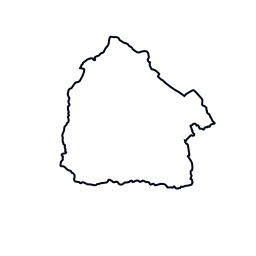 outline of Sop Prap, Lampang, Thailand, rotated 53°
{"feature_id": "78962969B39670710087023", "entity_name": "Sop Prap", "entity_type": "district", "adm_level": 2, "iso_a3": "THA", "parent_name": "Thailand", "parent_adm1": "Lampang", "projection": "orthographic", "projection_center": [99.346, 17.89], "detail": "fine", "context": "isolated", "style": "outline", "palette": "ink", "viewbox_px": 256, "rotation_deg": 53, "n_neighbors": 0, "source": "geoboundaries", "source_scale": "gbopen_adm2", "svg_char_len": 5734}
<svg xmlns="http://www.w3.org/2000/svg" viewBox="0 0 256 256"><g transform="rotate(53 128 128)"><path d="M88.7,70.9L87.9,71.5L87.0,71.7L85.3,71.2L85.1,70.9L84.5,69.3L83.9,68.7L82.1,67.7L80.5,67.0L79.4,66.8L78.5,66.9L77.7,67.3L76.8,68.2L76.3,69.0L75.1,71.1L74.5,73.3L73.9,74.3L73.5,74.7L72.6,75.3L68.5,76.7L67.6,76.8L66.5,76.6L65.9,76.6L63.7,77.5L62.8,77.7L60.8,77.7L60.1,78.1L57.1,80.1L52.9,81.7L52.3,81.7L50.8,81.4L50.1,81.5L49.4,81.9L48.2,82.8L46.9,84.6L45.3,86.2L44.8,86.8L44.6,87.3L44.7,87.6L45.2,88.6L45.8,89.5L46.5,90.3L48.9,92.6L49.4,93.2L49.8,94.0L50.3,95.4L50.8,98.0L52.6,101.6L52.8,102.2L52.6,103.2L52.3,103.6L52.3,104.2L52.0,104.9L52.5,106.9L52.5,107.6L52.4,108.4L51.8,110.0L51.6,111.7L51.7,112.2L51.8,112.4L53.3,112.9L53.6,113.0L53.7,113.3L53.8,113.5L53.7,113.8L53.5,114.1L53.2,114.3L52.6,114.5L51.0,114.6L50.5,114.9L50.1,115.4L49.9,116.0L49.7,116.6L49.1,118.0L49.0,118.5L48.9,119.9L48.9,122.5L48.8,123.8L49.1,125.2L49.7,125.9L49.7,127.2L50.4,128.1L50.8,129.3L51.4,130.2L53.7,128.1L54.3,127.8L54.6,127.7L54.9,127.8L55.4,128.0L57.5,130.5L59.1,133.2L61.0,137.3L61.4,138.3L61.4,139.0L61.3,139.9L61.1,140.5L60.7,141.2L60.3,142.1L60.2,142.6L60.2,143.2L60.4,143.9L62.0,148.7L62.1,149.1L62.0,149.6L61.6,150.9L61.7,151.7L61.8,152.2L62.2,152.9L62.6,153.4L63.7,154.6L64.7,155.8L67.4,156.7L68.5,156.7L68.7,156.8L69.1,157.2L69.8,157.7L69.9,157.9L70.1,158.7L71.3,159.9L72.1,160.2L73.5,160.5L74.4,160.9L74.7,161.5L74.7,162.4L74.8,163.0L75.3,163.6L76.4,164.2L77.0,164.8L77.4,164.9L79.7,165.8L80.0,166.1L80.1,166.8L80.3,167.0L80.6,167.2L81.5,167.2L82.2,167.5L82.3,168.0L82.8,168.4L82.8,169.2L83.0,169.4L85.4,170.3L86.1,170.7L86.9,171.4L87.3,172.1L87.5,174.2L88.0,174.6L88.4,175.5L88.8,177.8L89.2,178.4L89.7,178.9L91.5,180.6L92.9,183.0L93.8,184.4L94.2,184.8L95.3,185.5L96.2,185.7L96.7,186.1L97.9,187.2L100.0,188.5L101.1,188.7L101.9,189.2L102.7,189.1L103.4,188.7L103.9,188.8L104.4,189.1L104.9,189.9L105.3,190.2L106.5,190.6L107.7,190.9L108.0,191.3L108.5,191.9L108.7,192.1L108.9,192.2L110.1,192.0L110.4,192.1L110.5,192.5L110.3,193.8L110.1,194.1L109.4,195.3L109.3,196.3L109.4,197.0L109.6,197.2L110.1,197.4L110.6,197.4L111.4,197.2L111.8,197.2L112.4,198.1L112.9,198.5L113.9,199.0L114.1,199.2L114.3,200.6L114.7,201.7L115.2,202.5L116.5,203.8L117.0,204.2L117.5,204.5L117.9,204.5L118.2,204.4L118.7,203.9L119.5,202.8L120.3,202.4L122.2,201.8L123.3,201.9L126.0,201.0L127.7,199.6L128.3,199.6L129.2,199.8L129.9,199.8L131.2,199.0L131.6,199.0L133.1,199.0L134.2,199.5L135.1,200.2L136.2,201.7L136.7,202.0L137.3,202.3L138.2,202.4L139.0,202.3L142.0,199.5L142.4,199.3L142.8,199.3L143.2,199.4L143.7,198.9L143.9,197.2L144.1,196.8L145.2,195.9L148.4,194.4L148.8,194.1L150.3,192.0L150.9,191.6L152.5,190.1L153.7,189.1L154.1,188.4L154.3,187.7L154.2,186.9L154.3,186.3L155.2,184.6L156.1,182.3L158.4,178.3L158.6,177.9L158.6,176.5L158.4,175.9L157.8,175.1L157.7,174.7L157.9,174.1L158.2,173.9L160.4,172.8L162.1,172.5L162.6,172.2L163.1,171.6L163.3,171.0L163.4,170.4L163.7,169.9L164.3,169.2L164.8,168.9L165.5,168.8L167.1,168.9L168.0,168.6L168.9,167.8L169.5,166.7L169.6,166.0L169.6,163.6L169.7,163.3L170.8,161.7L171.7,159.9L171.7,158.1L172.1,157.0L172.3,156.8L172.6,156.6L173.6,156.9L174.0,156.8L174.4,155.9L174.7,153.9L175.0,153.1L175.6,152.1L176.6,151.4L177.2,151.2L178.1,151.0L178.4,150.8L178.5,150.4L178.8,148.5L178.9,147.9L179.1,147.6L181.8,146.2L182.2,145.9L183.5,144.3L184.2,144.0L184.8,144.0L186.1,144.2L186.5,144.1L186.8,144.0L187.0,143.5L187.5,142.0L187.7,141.5L188.0,141.2L188.3,141.1L189.6,140.9L190.0,140.7L190.3,140.4L191.9,136.5L192.6,135.1L193.2,134.3L194.6,133.0L195.7,132.4L196.4,132.2L197.5,132.2L198.1,132.0L199.1,132.3L199.4,132.1L199.9,131.5L200.8,129.9L202.1,128.7L202.4,128.3L202.5,127.8L202.3,126.6L202.4,126.3L202.7,126.1L204.0,126.2L204.3,126.2L205.6,125.6L206.0,125.2L206.5,124.3L206.7,123.3L207.3,122.6L207.3,122.4L206.8,121.0L206.8,120.7L207.8,120.0L208.0,119.7L209.0,116.5L209.2,116.1L210.3,114.5L211.4,111.6L211.4,111.2L210.6,109.8L210.6,109.4L207.7,108.1L207.2,108.1L206.6,108.6L206.3,108.7L206.2,108.6L205.5,107.8L204.9,106.6L204.3,105.9L204.0,105.8L202.7,105.6L201.7,105.0L200.3,104.0L200.1,103.7L200.0,103.4L200.2,102.2L198.7,100.6L195.4,98.4L194.3,98.0L192.6,97.6L191.4,97.5L190.1,97.3L188.7,97.3L188.0,97.1L187.6,97.1L186.8,97.3L186.7,97.2L186.4,96.8L186.6,95.5L186.3,95.1L185.8,94.8L182.6,93.1L177.8,90.5L177.2,90.3L176.8,90.3L176.5,90.4L175.9,90.8L174.9,90.9L173.8,90.8L172.6,90.2L172.9,90.1L173.1,89.8L172.7,88.7L172.3,86.7L171.7,82.2L171.9,81.8L172.3,81.5L172.8,81.3L173.3,80.7L173.6,80.0L173.4,79.3L173.0,78.9L172.8,78.8L170.9,79.0L169.6,78.8L169.3,78.6L169.0,78.2L168.7,78.0L168.0,78.1L167.6,78.0L166.5,77.5L164.6,77.1L163.9,76.8L163.9,76.6L164.2,75.6L164.2,75.0L164.1,73.2L164.5,72.4L165.0,71.8L165.3,71.7L165.8,71.6L167.2,71.8L167.4,71.7L167.6,70.8L167.9,70.5L168.3,70.4L169.2,70.5L170.8,71.0L171.5,71.2L172.9,69.6L173.4,69.3L174.4,68.8L174.8,68.5L174.7,67.9L174.6,67.4L174.0,66.9L173.9,66.6L174.4,64.9L175.3,64.0L175.2,63.7L174.9,63.3L174.9,63.1L176.1,62.1L176.0,61.8L175.3,60.6L175.2,59.9L175.5,58.5L176.4,56.5L176.4,56.0L176.2,55.9L175.4,55.9L173.8,56.2L172.8,56.2L170.7,55.7L168.5,55.5L167.0,55.1L166.1,54.9L164.1,55.5L163.5,55.5L162.7,55.2L161.8,54.6L161.1,54.7L159.7,53.6L158.6,53.2L157.7,53.4L156.7,53.7L154.9,54.8L154.4,54.8L154.1,54.8L153.5,54.5L151.9,53.0L150.8,52.0L150.3,51.7L148.9,51.5L146.2,51.7L139.8,52.3L138.2,52.6L137.2,52.9L136.9,53.5L136.7,54.2L135.9,60.8L136.0,61.8L136.4,63.7L129.8,65.8L126.3,67.4L120.7,69.3L114.8,70.9L110.5,71.7L110.1,72.0L109.7,72.2L105.3,73.1L104.7,73.0L104.4,72.3L103.8,70.8L103.7,70.6L102.6,70.6L100.1,71.1L98.3,71.6L97.4,72.1L97.0,72.5L96.4,72.7L95.2,73.7L94.9,73.8L93.9,73.6L92.9,73.3L91.9,73.3L91.7,73.2L89.5,71.8L88.7,70.9Z" fill="none" stroke="#020617" stroke-width="2"/></g></svg>